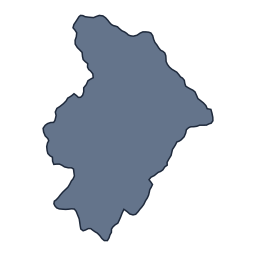 Monte Formoso, Minas Gerais, Brazil (Robinson projection)
{"feature_id": "56859067B56618485834346", "entity_name": "Monte Formoso", "entity_type": "district", "adm_level": 2, "iso_a3": "BRA", "parent_name": "Brazil", "parent_adm1": "Minas Gerais", "projection": "robinson", "projection_center": [-41.271, -16.882], "detail": "fine", "context": "isolated", "style": "filled", "palette": "slate", "viewbox_px": 256, "rotation_deg": 0, "n_neighbors": 0, "source": "geoboundaries", "source_scale": "gbopen_adm2", "svg_char_len": 2666}
<svg xmlns="http://www.w3.org/2000/svg" viewBox="0 0 256 256"><path d="M99.3,15.4L96.2,16.5L93.6,17.6L88.8,17.2L85.1,16.7L82.9,15.6L80.5,15.4L78.9,16.8L77.6,18.9L75.8,21.7L73.9,24.5L73.0,27.8L74.9,30.0L76.7,32.8L76.3,36.8L75.1,40.2L75.2,44.1L77.3,47.5L79.8,50.0L82.1,52.4L82.5,56.6L83.2,59.6L85.3,61.7L87.7,63.6L87.5,67.1L88.7,69.5L90.6,71.0L92.8,73.8L93.2,77.7L91.1,78.8L88.0,80.7L86.3,84.6L83.7,87.8L83.7,91.9L82.6,95.3L80.6,97.3L78.3,97.4L76.4,95.5L74.0,93.7L71.8,95.6L69.5,97.1L67.7,98.1L66.2,100.8L63.5,103.6L60.0,106.4L56.9,108.4L55.3,112.0L56.1,115.5L55.5,118.2L54.9,120.5L53.6,122.4L50.7,122.5L47.5,123.6L45.2,125.3L43.1,128.3L43.6,132.0L45.2,135.9L47.9,138.6L48.7,140.8L47.5,143.0L46.7,146.6L47.1,150.5L47.9,153.6L49.9,155.7L52.4,157.2L52.6,161.2L53.8,164.4L56.7,164.1L59.5,164.1L61.9,165.2L64.5,166.9L68.3,167.8L71.5,167.8L73.5,169.0L73.9,172.4L74.4,176.0L73.0,179.0L71.4,180.9L69.8,184.1L67.9,187.2L65.4,189.6L62.7,192.2L60.6,194.6L58.3,197.6L56.1,199.9L54.3,201.2L53.9,203.8L55.0,206.0L56.7,207.9L59.2,208.9L62.5,209.2L65.6,209.4L68.6,209.2L71.7,208.8L74.4,209.1L76.2,211.4L77.8,215.4L79.2,218.9L79.7,222.2L80.2,225.8L80.8,229.0L83.1,230.8L85.5,230.0L88.2,228.6L90.7,228.6L92.9,230.3L94.9,231.7L97.3,233.1L99.8,235.6L101.9,238.5L104.3,240.6L107.4,240.6L109.0,237.9L110.0,234.8L111.4,232.4L111.5,229.0L113.0,226.8L115.3,224.7L117.8,223.2L119.0,220.7L120.5,217.3L122.2,212.9L123.9,209.3L127.1,211.6L129.8,214.0L133.0,214.9L135.7,214.3L138.0,211.8L140.0,209.1L141.7,207.2L143.7,204.5L145.6,200.6L147.3,198.0L148.6,195.1L149.3,192.1L149.8,189.7L151.3,187.1L152.5,184.5L150.9,182.1L149.0,179.7L151.0,177.2L154.4,175.5L156.3,173.9L158.3,172.3L160.5,171.5L162.8,169.9L164.8,166.9L167.2,165.2L167.1,162.3L168.8,159.2L171.1,155.4L171.8,152.3L172.5,149.4L174.1,147.0L175.5,144.7L176.8,142.0L179.2,141.1L181.2,139.8L184.1,136.8L185.7,133.0L186.4,129.7L188.6,127.7L190.7,126.8L193.9,126.7L196.8,126.3L199.6,125.2L203.2,125.2L206.5,125.1L208.9,123.9L211.2,123.2L212.9,120.8L212.8,117.3L212.0,113.3L210.9,109.4L207.2,108.7L205.9,105.6L203.4,102.9L200.4,100.5L197.9,98.6L196.6,95.5L195.0,91.9L192.9,90.2L190.1,88.8L187.8,87.5L185.7,86.1L184.8,83.4L184.3,80.3L182.5,78.1L180.5,76.9L178.9,74.7L176.8,72.2L174.0,70.5L171.8,69.2L169.4,67.1L167.4,64.4L166.1,61.5L166.0,59.0L165.8,55.8L164.8,53.0L163.0,51.4L160.6,50.2L158.6,47.7L156.8,44.8L154.9,42.4L153.7,39.5L152.7,35.7L150.9,33.0L148.8,32.2L146.0,31.9L142.8,31.9L140.1,33.1L137.1,35.2L133.3,36.2L130.6,35.8L128.4,35.0L126.7,33.4L124.8,32.1L121.8,30.7L119.2,28.5L117.5,26.8L115.5,26.1L113.4,25.6L111.4,24.5L109.5,22.5L108.0,20.5L105.6,17.8L102.9,15.9L99.3,15.4Z" fill="#64748b" stroke="#1e293b" stroke-width="1.5"/></svg>